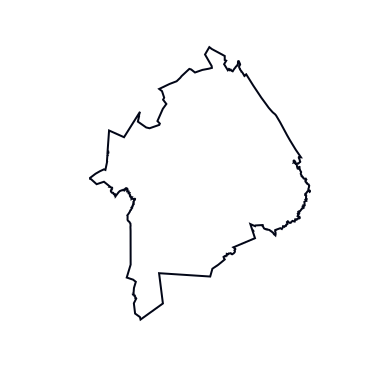 the district of Coyuca de Benítez, Guerrero, Mexico, rotated 215°
{"feature_id": "50627088B90299742739886", "entity_name": "Coyuca de Benítez", "entity_type": "district", "adm_level": 2, "iso_a3": "MEX", "parent_name": "Mexico", "parent_adm1": "Guerrero", "projection": "natural_earth1", "projection_center": [-100.103, 17.179], "detail": "fine", "context": "isolated", "style": "outline", "palette": "ink", "viewbox_px": 384, "rotation_deg": 215, "n_neighbors": 0, "source": "geoboundaries", "source_scale": "gbopen_adm2", "svg_char_len": 5953}
<svg xmlns="http://www.w3.org/2000/svg" viewBox="0 0 384 384"><g transform="rotate(215 192 192)"><path d="M196.4,84.5L190.0,86.4L186.5,86.2L184.5,80.1L182.2,76.2L182.9,76.0L182.4,75.9L182.2,76.1L181.8,75.6L181.4,75.2L181.2,74.5L181.5,74.2L181.3,74.1L180.9,74.3L179.6,74.4L179.6,74.1L179.5,73.8L178.1,73.4L177.7,72.8L177.4,73.1L176.6,72.8L175.8,67.5L168.9,59.8L162.9,59.7L161.0,58.0L151.9,84.0L172.4,106.6L128.6,133.2L131.3,140.9L128.8,147.3L126.5,155.5L128.0,156.2L128.9,156.9L128.7,157.3L128.6,158.0L127.8,159.1L127.5,159.0L127.5,159.7L127.1,160.0L128.0,161.3L126.6,161.9L126.7,162.3L126.6,162.5L126.6,162.8L126.1,163.1L125.2,164.1L124.0,163.8L123.4,164.0L122.7,165.6L122.5,167.1L122.7,167.8L123.0,168.3L123.8,168.6L123.7,170.0L124.0,170.3L126.4,170.4L113.9,190.3L120.5,195.2L120.0,195.5L121.7,196.1L125.8,199.2L120.7,200.2L120.8,201.0L114.5,206.0L115.2,204.7L114.1,204.5L112.1,203.5L111.0,203.6L110.6,203.8L110.3,204.1L109.6,203.9L108.9,204.6L108.4,204.5L107.6,205.0L106.7,205.3L106.6,205.2L104.6,205.2L104.3,205.4L103.2,205.1L102.4,205.2L100.6,204.4L99.5,204.4L98.8,204.3L99.3,205.4L100.3,206.7L101.6,207.7L101.8,208.5L101.5,208.7L101.3,209.3L101.5,209.3L98.9,213.0L97.2,213.2L97.3,215.1L97.8,216.1L97.4,216.3L97.1,216.7L96.3,216.6L96.1,217.8L95.6,218.2L96.1,219.3L95.4,220.3L95.7,220.8L97.0,221.8L96.7,223.0L96.3,223.0L95.5,222.7L94.3,222.7L93.6,223.2L93.4,223.5L93.5,224.8L93.4,225.1L93.1,225.4L93.0,226.0L92.2,226.2L92.0,226.4L91.2,226.5L90.9,226.7L91.6,228.4L91.1,228.4L90.9,228.7L91.4,228.7L91.3,229.3L90.4,229.9L90.0,230.9L89.6,231.4L89.3,231.5L88.8,232.3L88.9,232.7L89.6,233.2L89.9,232.9L91.6,232.7L91.8,233.4L91.5,233.8L91.8,234.3L92.9,234.9L92.7,235.7L92.9,235.9L92.2,235.9L92.4,236.3L92.2,236.5L93.2,237.6L92.5,238.5L92.4,241.2L92.0,241.9L91.7,242.6L92.2,242.5L92.0,243.1L92.1,244.0L92.7,243.7L93.1,243.8L92.8,244.7L93.1,245.0L92.1,245.8L94.3,248.4L94.0,249.0L93.9,250.0L93.7,250.1L93.9,250.2L93.9,250.4L93.7,250.7L93.6,250.3L93.5,250.7L93.9,251.7L94.1,252.0L94.4,251.9L94.2,251.2L94.6,251.1L94.5,251.6L94.8,251.7L95.4,252.9L96.1,253.9L96.2,254.3L97.0,254.4L97.1,254.8L97.6,254.6L97.7,254.9L97.5,255.2L97.7,255.4L97.9,255.4L97.9,255.1L98.1,255.2L98.0,256.2L97.7,256.8L97.8,258.6L97.6,259.5L97.3,259.8L96.9,259.6L96.0,259.9L95.7,259.7L95.6,260.0L96.2,260.7L97.1,260.6L97.6,260.7L97.6,260.4L98.1,260.7L98.6,261.7L98.8,262.7L99.4,263.7L99.5,264.3L99.9,264.6L100.2,264.6L100.9,265.1L102.1,264.8L102.7,264.9L103.0,264.9L103.2,265.4L104.8,265.5L105.1,265.7L105.2,266.3L105.6,266.3L105.8,266.6L105.8,267.4L105.6,267.8L106.5,268.2L107.2,267.5L108.3,267.1L108.8,267.4L109.0,267.4L109.4,267.7L109.7,267.6L110.4,267.9L111.0,267.7L111.5,267.9L111.7,268.5L112.3,268.6L113.4,269.3L113.7,269.9L113.8,270.5L114.1,271.0L115.5,271.6L116.4,272.2L117.4,273.0L118.3,274.2L118.6,274.1L118.8,273.5L118.5,273.1L118.6,272.5L118.5,271.9L119.0,271.8L119.5,272.4L120.3,272.8L121.8,274.4L122.5,274.6L123.0,274.4L123.5,274.7L124.6,274.6L125.4,275.0L125.6,274.7L125.7,275.2L126.6,275.6L126.6,276.2L126.2,276.4L125.7,276.3L124.3,275.7L123.7,274.8L123.4,274.8L122.5,275.1L121.8,276.1L121.2,276.3L120.9,278.0L120.6,278.6L120.8,279.0L121.4,279.3L122.5,280.3L124.1,281.2L124.5,281.8L124.5,282.1L124.2,282.6L123.4,282.4L122.6,282.9L131.2,286.1L141.3,290.5L146.8,293.1L159.9,299.7L167.0,302.9L168.4,303.3L171.7,303.6L174.3,304.2L177.5,305.0L182.4,306.7L189.5,309.1L202.8,314.3L215.1,319.5L215.5,318.5L215.2,318.3L215.6,317.1L219.0,318.7L219.9,318.9L220.5,318.9L220.6,319.2L222.9,319.9L223.3,320.4L223.6,320.4L224.8,321.1L225.4,321.8L225.4,322.2L225.6,322.4L225.6,323.9L226.1,324.4L228.7,326.0L229.0,325.9L229.2,325.6L229.0,325.0L227.8,323.2L227.7,321.9L227.5,321.3L228.0,319.8L227.8,318.7L228.0,318.0L228.0,315.4L227.9,314.9L227.9,314.2L229.1,314.0L230.3,314.4L230.7,313.6L231.5,314.0L231.6,313.5L232.4,313.7L232.5,312.3L239.0,315.1L239.3,319.2L240.9,318.9L243.2,322.2L257.6,320.5L260.9,320.6L260.2,312.1L248.2,306.5L246.9,305.1L248.9,302.7L253.5,298.0L258.1,291.6L263.0,291.9L264.8,291.3L267.0,280.9L267.1,278.9L268.1,273.9L272.3,267.7L278.0,257.6L274.4,257.4L268.9,253.3L268.6,251.0L263.5,249.4L263.6,243.4L261.0,230.3L257.6,229.6L257.3,228.2L263.3,219.9L266.5,218.6L276.7,218.6L278.8,223.7L279.2,223.7L280.6,227.9L279.1,197.9L295.2,194.8L284.0,176.1L283.6,176.9L283.1,176.4L282.9,176.0L283.2,175.3L282.4,173.5L282.0,173.6L281.9,172.8L281.1,171.4L279.3,168.4L279.0,168.3L275.6,160.4L277.1,160.1L279.3,156.3L281.5,151.6L283.6,145.0L283.0,144.3L282.0,144.6L274.6,143.7L270.0,149.9L262.6,149.4L262.6,148.9L262.0,149.2L261.8,149.1L261.4,149.1L260.7,149.5L259.9,149.7L259.1,149.1L259.3,149.2L259.3,148.9L259.3,148.1L259.1,147.9L259.4,147.3L259.2,146.1L259.1,146.4L258.7,145.9L257.7,145.6L257.2,145.5L256.7,145.9L256.1,146.1L255.6,145.9L255.5,145.6L254.9,145.4L254.0,146.0L253.1,144.7L252.6,144.7L253.4,146.1L252.2,144.7L252.0,149.6L251.7,151.3L250.3,153.4L249.7,153.7L249.6,154.3L248.2,154.4L248.1,154.7L248.6,155.6L248.3,155.8L248.5,156.5L248.4,157.1L247.9,157.5L247.5,157.0L246.8,157.4L246.6,157.2L246.5,156.6L246.1,156.6L245.9,156.2L245.8,156.4L245.4,155.8L245.3,156.0L245.0,156.0L244.6,155.5L244.3,155.4L244.0,155.8L243.3,154.7L242.6,155.2L242.5,154.6L242.2,154.6L241.7,154.3L241.0,154.1L240.7,153.8L240.7,153.2L240.1,152.9L240.0,153.1L239.6,153.1L239.4,152.7L238.8,152.6L238.5,153.1L238.3,153.2L238.3,152.2L237.9,151.8L237.9,152.1L237.6,152.2L237.3,151.9L236.7,152.4L235.7,152.7L235.6,153.1L235.2,153.2L235.3,153.3L234.9,153.7L234.7,153.7L234.3,153.0L234.7,152.4L234.7,152.0L234.3,151.1L234.4,150.5L234.3,150.2L233.6,149.8L233.7,149.6L233.2,149.0L233.4,148.8L233.1,148.4L232.9,148.3L233.1,148.0L232.8,147.6L232.9,146.9L232.5,146.6L232.6,145.1L232.4,144.9L232.5,144.7L231.9,144.6L232.0,143.7L231.7,142.3L232.0,141.7L231.6,140.0L231.5,137.6L231.6,136.2L231.5,135.6L231.1,135.5L230.7,135.0L228.9,132.3L228.3,131.9L227.2,131.6L226.3,131.7L225.5,131.2L224.4,130.9L222.8,128.9L222.5,128.2L220.0,124.9L200.6,97.3L196.4,84.5Z" fill="none" stroke="#020617" stroke-width="2"/></g></svg>